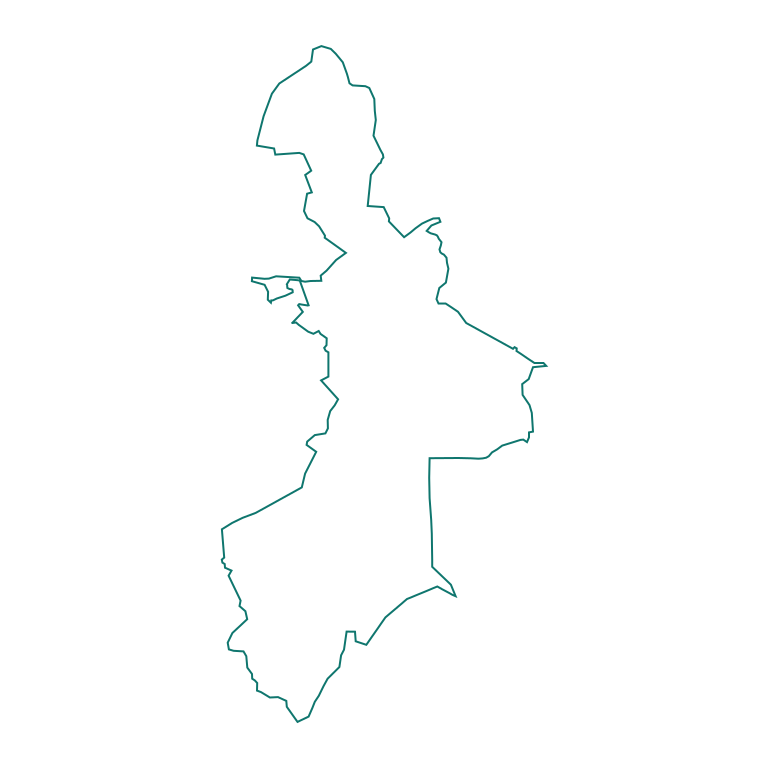 Al Manaqil, Gezira, Sudan (orthographic projection)
{"feature_id": "16777658B54371162299186", "entity_name": "Al Manaqil", "entity_type": "district", "adm_level": 2, "iso_a3": "SDN", "parent_name": "Sudan", "parent_adm1": "Gezira", "projection": "orthographic", "projection_center": [32.93, 14.177], "detail": "fine", "context": "isolated", "style": "outline", "palette": "teal", "viewbox_px": 768, "rotation_deg": 0, "n_neighbors": 0, "source": "geoboundaries", "source_scale": "gbopen_adm2", "svg_char_len": 3411}
<svg xmlns="http://www.w3.org/2000/svg" viewBox="0 0 768 768"><path d="M266.6,695.5L269.9,697.5L278.0,697.1L286.3,700.9L286.8,706.8L297.5,721.9L308.6,716.6L312.4,707.9L314.8,701.8L318.8,695.8L323.5,686.2L327.6,678.7L339.4,667.0L341.1,655.3L344.0,649.7L346.6,631.6L355.0,631.7L355.7,641.3L366.3,644.8L367.1,643.7L371.8,636.9L377.9,628.2L381.2,623.4L383.1,620.7L385.4,617.4L390.1,613.4L393.3,610.7L399.3,605.6L401.8,603.5L404.3,601.3L404.9,600.8L407.0,599.0L410.8,597.5L415.3,595.6L425.8,591.3L432.0,588.7L432.4,588.5L433.9,587.9L437.3,586.5L439.8,587.9L441.3,588.7L441.5,588.9L447.9,592.3L449.6,593.2L452.0,594.6L452.8,595.0L455.6,596.2L450.9,584.7L432.2,566.8L432.2,560.1L431.8,533.7L431.2,520.0L429.6,498.2L429.2,477.8L429.6,458.2L458.4,458.0L471.1,458.3L478.6,458.7L482.7,458.4L486.2,457.7L488.8,456.2L492.0,452.4L497.1,449.4L502.2,445.6L506.1,444.4L513.2,442.2L520.5,439.9L523.3,439.6L527.0,442.1L527.9,440.0L529.0,437.4L529.0,432.4L533.0,431.6L531.8,412.9L529.5,405.1L522.6,394.9L522.2,384.1L528.7,379.1L533.0,367.2L546.2,365.9L543.5,363.0L534.4,363.0L527.5,358.4L520.8,353.8L516.5,351.0L516.7,348.4L514.5,347.2L513.0,348.8L466.2,323.0L458.0,311.8L451.4,307.3L445.6,303.5L438.5,303.5L436.5,299.1L439.3,288.0L445.9,282.6L448.4,268.7L447.0,262.8L446.5,257.7L443.9,254.6L441.7,253.5L440.3,252.2L439.5,249.4L440.8,245.6L441.5,242.2L438.8,238.8L437.8,236.6L436.8,235.3L435.0,234.5L433.5,234.1L430.7,233.3L428.7,232.2L426.7,230.9L431.4,225.5L440.4,221.8L439.0,218.2L433.2,218.5L427.7,220.9L422.0,223.6L415.5,228.3L410.5,232.5L404.1,237.2L388.9,221.4L389.2,218.4L383.7,207.1L367.7,206.0L370.9,174.9L379.0,163.8L380.6,163.0L381.4,160.7L381.9,159.2L383.4,157.6L382.9,154.4L380.4,149.9L373.5,135.7L375.8,120.0L374.8,110.9L374.3,99.0L369.3,88.0L365.4,86.2L352.6,85.4L349.5,83.3L347.9,77.1L346.9,73.7L342.8,62.3L335.8,53.8L330.8,48.9L321.4,46.1L313.0,49.5L311.3,61.6L306.1,65.8L279.3,83.5L271.9,93.7L263.6,116.2L257.4,140.4L256.9,145.6L274.1,148.5L275.3,154.6L299.3,152.9L303.7,154.4L311.2,170.7L305.2,175.0L311.8,192.4L307.1,193.7L304.0,211.0L307.5,218.3L314.6,222.0L319.1,226.3L325.0,235.7L324.7,237.7L345.9,252.9L336.1,260.0L326.6,270.6L320.7,275.6L321.3,280.8L310.6,281.0L305.1,281.7L301.4,281.0L299.3,277.7L276.1,276.3L268.9,278.6L264.5,278.8L252.1,277.6L251.9,281.2L264.6,284.8L268.1,291.8L267.8,299.7L270.9,302.7L271.3,300.4L272.8,300.4L273.3,300.2L276.8,298.5L285.4,295.7L292.7,292.3L292.6,290.2L291.8,289.4L289.5,289.0L287.4,288.0L287.2,286.5L287.2,286.3L287.2,285.8L287.2,285.4L287.2,285.2L286.8,284.3L289.8,279.5L297.8,280.2L299.8,280.6L308.6,305.3L307.6,305.5L306.6,305.3L304.6,305.0L301.4,304.5L300.2,304.3L300.1,304.2L299.5,304.1L299.2,304.1L298.1,305.3L302.8,311.9L292.3,322.9L292.4,323.0L296.1,322.5L298.8,324.9L308.2,331.7L313.4,333.8L318.7,331.0L320.5,333.9L326.7,338.3L326.5,345.2L324.2,347.9L325.6,350.7L328.4,352.3L328.4,376.6L321.1,380.4L338.1,399.3L334.7,405.3L330.2,411.1L327.7,419.9L327.9,428.4L325.4,433.4L314.8,435.1L307.2,441.6L306.6,444.9L316.2,451.8L305.1,473.6L301.8,487.4L255.7,512.9L242.7,517.8L232.2,522.9L221.9,529.3L224.2,557.6L221.8,559.6L222.4,562.6L224.7,564.0L225.0,567.7L231.5,570.6L228.6,575.7L240.6,600.6L239.5,606.1L245.4,611.2L247.2,619.2L232.4,633.0L227.7,642.7L228.9,649.4L233.6,650.8L243.5,651.4L246.3,656.2L247.3,667.6L252.0,674.0L252.2,678.7L254.8,680.4L257.2,683.0L257.0,690.6L261.0,692.1L266.6,695.5L266.6,695.5Z" fill="none" stroke="#0f766e" stroke-width="2"/></svg>